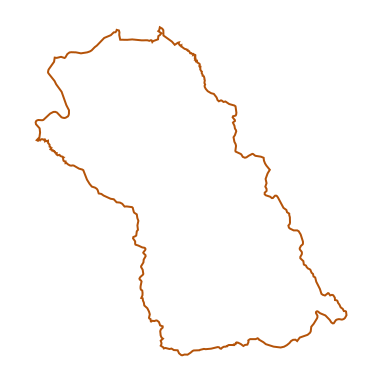 the district of Ban Hong, Lamphun, Thailand, rotated 2°
{"feature_id": "78962969B26085596744311", "entity_name": "Ban Hong", "entity_type": "district", "adm_level": 2, "iso_a3": "THA", "parent_name": "Thailand", "parent_adm1": "Lamphun", "projection": "natural_earth1", "projection_center": [98.82, 18.271], "detail": "fine", "context": "isolated", "style": "outline", "palette": "amber", "viewbox_px": 384, "rotation_deg": 2, "n_neighbors": 0, "source": "geoboundaries", "source_scale": "gbopen_adm2", "svg_char_len": 5929}
<svg xmlns="http://www.w3.org/2000/svg" viewBox="0 0 384 384"><g transform="rotate(2 192 192)"><path d="M186.3,53.2L185.3,53.3L184.3,51.4L182.9,51.0L182.6,50.0L181.7,50.1L181.1,49.5L179.6,49.2L176.4,47.0L176.3,46.0L175.8,46.5L175.3,45.8L174.6,45.8L174.5,45.3L173.3,44.0L173.7,43.0L172.7,43.3L169.6,45.5L166.7,42.4L158.0,36.6L157.7,31.3L156.6,29.8L154.1,28.5L153.6,31.3L152.7,32.4L155.7,34.3L155.8,34.7L155.0,35.3L154.5,36.2L152.9,37.4L152.7,40.6L147.8,42.6L147.1,43.5L146.4,41.9L145.7,41.7L144.1,42.4L142.0,41.9L136.5,42.2L126.9,41.6L121.8,42.2L114.9,42.3L113.8,37.6L113.9,34.9L113.3,33.1L111.1,32.6L110.9,33.5L110.0,35.0L108.2,35.2L105.4,38.1L98.9,41.1L91.8,49.0L89.7,50.7L86.7,54.0L85.0,55.1L82.4,56.1L76.2,57.3L71.2,56.5L66.6,56.5L64.7,56.8L62.6,58.5L60.7,62.0L59.9,62.5L56.4,61.5L52.1,62.7L50.1,62.5L49.6,66.7L44.6,74.3L44.2,75.2L43.9,77.3L44.3,78.3L50.8,85.9L52.5,89.1L58.2,96.4L63.4,109.6L66.2,114.6L66.3,118.0L66.0,119.5L65.4,120.7L63.1,122.2L61.7,122.5L59.9,122.2L58.9,121.8L54.3,117.3L52.7,116.7L50.7,116.8L47.5,118.6L41.0,125.1L39.8,125.5L35.8,125.4L34.4,126.0L33.8,126.5L33.3,127.8L33.7,129.7L37.5,133.7L38.1,137.9L37.6,142.7L35.0,145.6L36.3,146.2L37.6,144.8L38.2,144.8L38.4,145.2L38.6,144.8L39.2,144.9L40.2,144.4L41.6,144.8L42.3,144.6L42.6,145.4L43.0,145.4L43.2,146.0L43.5,145.5L43.8,146.3L44.6,146.3L45.0,146.0L45.4,146.2L46.3,145.8L46.5,148.1L48.0,149.7L48.1,151.6L48.9,151.9L49.2,152.8L49.9,153.0L49.1,154.3L50.7,154.9L50.9,155.5L51.7,155.3L52.1,156.0L52.9,155.9L53.1,156.4L53.7,156.7L53.7,157.3L54.3,157.7L55.5,157.9L55.2,159.1L56.5,160.0L58.3,159.5L59.3,160.7L61.6,161.3L61.7,162.0L62.3,162.1L62.0,162.4L62.1,163.8L62.5,165.2L63.4,165.8L64.6,165.9L64.6,167.6L65.5,167.4L67.1,168.7L69.0,169.7L70.4,169.9L71.5,169.6L72.9,169.7L78.3,172.6L81.6,173.4L82.6,174.0L86.6,183.3L89.4,187.5L91.7,190.1L94.9,191.0L96.7,192.1L97.7,193.5L98.8,196.7L101.5,197.1L103.7,198.6L110.9,201.6L114.1,202.0L117.0,204.9L120.4,205.1L122.7,206.2L125.1,208.9L127.2,208.7L132.5,209.2L133.3,209.8L134.5,213.9L135.0,214.7L137.6,216.3L138.3,220.0L139.4,222.7L138.6,227.3L139.3,231.7L138.2,233.2L137.8,237.4L137.2,238.0L134.9,239.1L134.7,240.4L136.9,243.3L137.0,245.8L137.4,246.6L140.2,247.4L144.2,249.1L146.4,249.4L147.1,249.8L147.5,250.6L147.3,251.5L145.4,254.2L145.6,254.8L147.7,256.7L147.9,257.8L146.1,261.2L145.9,264.1L143.7,268.0L143.8,268.9L145.4,271.4L146.2,275.6L145.8,276.4L143.4,278.7L142.5,280.3L142.8,281.3L144.2,282.3L144.7,283.2L143.9,288.0L143.9,289.9L144.3,291.3L145.7,292.2L146.1,294.5L146.1,297.0L145.0,299.7L146.4,300.0L146.8,302.3L147.7,304.1L148.3,307.1L151.4,309.7L153.2,313.0L154.1,315.7L153.4,319.3L153.9,320.0L155.0,320.5L155.4,322.8L155.8,322.9L156.9,322.1L158.8,322.3L160.7,321.6L161.7,321.8L163.5,323.1L164.8,326.4L167.4,327.3L167.4,328.6L165.7,330.3L165.1,332.2L165.7,336.5L166.7,338.6L168.1,339.6L165.9,341.7L166.8,344.1L166.6,345.6L166.1,346.7L168.9,348.4L169.2,349.3L171.0,348.8L175.0,349.7L177.0,349.2L179.4,350.6L183.2,350.7L184.7,353.7L187.0,355.4L188.0,355.5L190.2,354.7L193.3,354.7L196.1,352.7L198.2,350.8L199.3,350.3L205.0,349.9L205.5,349.5L209.4,348.4L211.2,348.6L216.6,347.9L223.0,346.1L224.3,346.2L225.8,347.5L226.6,347.6L227.7,346.4L229.3,345.5L231.2,345.4L232.0,344.7L232.6,344.9L233.1,344.2L234.2,343.6L239.1,343.5L238.9,343.0L239.2,342.8L240.8,342.6L241.0,342.0L241.6,341.6L241.3,341.1L241.7,340.8L243.1,340.9L246.0,342.2L248.7,344.1L250.3,343.0L252.7,342.6L253.7,339.9L253.4,338.4L254.7,337.3L255.4,337.0L260.8,336.8L262.7,335.9L263.6,336.4L263.9,337.1L268.6,339.6L271.1,341.5L279.0,343.7L286.0,344.3L289.4,343.4L292.2,341.7L294.6,339.6L296.3,337.4L298.2,336.2L300.6,336.0L302.3,337.3L304.8,333.7L312.5,330.7L314.8,328.6L315.5,327.2L315.9,322.5L318.2,319.5L321.3,314.0L321.7,312.9L321.7,311.3L320.1,308.6L320.1,307.7L320.7,307.0L321.7,306.9L324.3,308.7L329.6,310.7L334.1,315.0L335.8,317.5L337.3,318.4L338.3,318.2L340.2,315.1L341.3,314.4L343.3,313.9L346.3,314.3L348.0,313.7L349.3,312.5L350.7,309.7L350.1,306.1L349.4,305.7L347.9,305.7L346.7,303.5L344.6,302.1L343.2,299.3L341.9,297.8L341.2,295.9L340.4,295.2L338.7,295.0L338.4,292.6L336.8,290.3L335.5,289.9L333.7,290.5L332.1,288.5L331.5,288.3L328.5,290.8L326.3,290.2L324.9,289.2L323.2,284.4L319.3,277.3L318.1,273.1L316.4,272.2L315.8,269.7L314.3,268.5L313.0,265.6L312.2,265.0L310.6,264.4L309.2,263.0L308.5,261.6L306.3,260.6L305.7,257.2L302.6,254.5L302.5,253.1L303.9,250.4L304.0,249.0L303.7,247.9L301.8,245.7L301.6,244.5L302.7,242.1L304.5,240.4L304.7,239.3L304.6,237.7L302.1,230.7L300.0,227.5L298.5,226.7L294.9,226.8L291.1,225.1L290.1,224.2L289.5,222.2L290.8,220.5L291.0,219.1L290.7,213.8L290.0,211.7L289.9,210.2L287.7,208.9L286.9,206.6L284.0,204.7L278.1,194.5L277.0,193.1L276.2,192.7L275.1,192.8L273.0,195.2L272.0,195.3L270.3,194.0L265.8,192.7L264.7,191.7L264.7,190.1L266.4,188.5L266.5,187.9L266.4,186.3L265.1,184.1L266.2,180.6L265.1,176.4L266.9,170.8L269.0,167.1L265.4,163.0L264.0,160.9L262.8,158.1L262.4,155.3L259.6,154.3L254.0,153.6L251.7,151.9L250.9,151.8L247.4,153.8L245.3,155.4L243.7,155.9L241.5,155.1L240.1,152.9L239.4,152.3L234.2,150.1L233.9,149.3L234.4,144.4L233.9,142.6L232.6,140.3L231.6,135.8L232.9,133.7L234.1,129.8L233.8,128.7L232.7,127.1L232.1,124.3L230.5,121.3L231.0,120.6L232.4,119.6L232.4,118.7L230.0,116.0L230.3,114.9L232.9,114.1L233.4,113.2L233.6,111.2L232.5,104.9L231.4,104.1L226.1,102.8L222.3,100.4L220.3,100.9L218.7,99.7L217.8,99.4L215.7,100.4L214.3,99.2L213.3,96.7L210.4,93.2L207.7,92.6L204.2,90.7L202.1,88.4L201.0,86.4L200.9,85.3L201.4,84.2L200.6,82.6L200.9,79.8L200.4,78.7L200.5,78.0L199.8,76.0L198.5,75.4L198.6,74.6L197.5,72.8L197.7,71.4L196.7,70.5L195.9,68.9L196.1,67.7L195.6,67.0L195.8,66.6L195.3,66.6L194.9,65.8L195.4,64.8L195.0,63.6L192.7,62.3L192.4,60.8L191.8,61.1L191.6,60.6L191.2,60.9L190.9,59.9L190.4,59.8L190.7,59.1L190.3,58.6L190.7,58.2L190.3,57.8L190.6,57.1L190.1,56.7L190.6,55.7L190.5,55.0L189.5,54.6L188.5,55.0L188.7,54.3L188.4,53.9L186.6,53.8L186.3,53.2Z" fill="none" stroke="#b45309" stroke-width="2"/></g></svg>